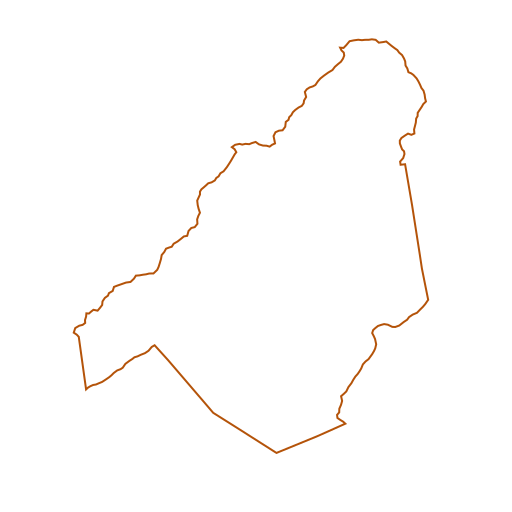 São Fidélis, Rio de Janeiro, Brazil (Mercator projection), rotated 171°
{"feature_id": "56859067B2768283768004", "entity_name": "São Fidélis", "entity_type": "district", "adm_level": 2, "iso_a3": "BRA", "parent_name": "Brazil", "parent_adm1": "Rio de Janeiro", "projection": "mercator", "projection_center": [-41.783, -21.671], "detail": "fine", "context": "isolated", "style": "outline", "palette": "amber", "viewbox_px": 512, "rotation_deg": 171, "n_neighbors": 0, "source": "geoboundaries", "source_scale": "gbopen_adm2", "svg_char_len": 3292}
<svg xmlns="http://www.w3.org/2000/svg" viewBox="0 0 512 512"><g transform="rotate(171 256 256)"><path d="M92.8,185.8L94.1,217.7L94.0,231.7L93.9,281.8L94.4,323.3L98.9,323.5L98.9,326.7L95.3,329.7L93.4,333.5L93.4,336.3L95.0,338.4L95.6,341.1L96.3,344.7L95.9,347.5L93.9,349.8L90.2,351.6L86.7,353.1L83.6,351.4L80.4,352.2L80.1,356.2L78.7,359.4L77.3,362.7L76.3,366.7L74.5,368.9L73.9,372.1L71.4,374.8L69.0,377.4L67.0,379.9L64.0,382.0L64.3,385.3L64.2,389.1L64.7,393.1L66.3,396.0L67.2,399.6L68.3,403.1L69.6,406.3L72.2,410.2L74.1,412.1L76.7,413.7L77.2,417.6L78.5,420.7L78.2,424.9L78.9,427.9L80.3,431.6L82.8,434.5L84.2,437.3L86.3,439.3L89.2,442.3L91.7,445.1L93.8,447.5L97.2,447.4L101.3,447.5L104.0,450.8L107.7,451.9L110.6,451.9L114.9,452.5L117.6,452.6L121.2,453.6L125.8,453.7L130.0,453.5L133.9,450.1L137.0,447.8L140.3,448.6L139.4,445.7L137.5,443.2L137.5,440.2L139.2,437.3L141.7,434.6L145.0,432.7L148.5,430.5L151.4,427.7L155.9,425.9L160.7,423.5L164.6,421.3L167.5,418.9L170.6,415.6L173.4,414.6L176.7,414.1L179.8,412.7L182.1,410.4L181.6,405.2L184.2,402.1L185.1,399.3L187.3,397.1L190.7,396.0L194.4,394.1L197.1,392.2L199.1,389.6L201.5,387.9L202.6,385.4L205.6,383.8L206.9,379.1L210.1,376.0L213.7,376.2L217.4,375.2L219.9,371.7L219.7,367.4L219.6,364.2L222.6,363.4L225.4,361.9L228.4,363.3L231.9,364.0L235.6,365.8L238.5,368.7L242.3,368.2L245.2,367.5L248.8,368.4L252.2,368.2L254.7,369.3L259.2,369.1L262.8,367.3L260.4,364.8L259.2,361.6L261.2,359.7L263.7,356.6L265.8,354.0L267.9,351.6L270.8,348.4L274.8,344.7L278.2,343.3L280.5,340.5L283.0,339.3L284.8,337.1L288.3,335.7L291.8,335.3L294.3,333.6L297.0,331.9L299.5,330.4L301.3,328.3L301.7,325.5L303.3,323.1L305.4,319.9L305.6,315.4L305.3,311.6L304.6,307.5L306.7,304.6L308.4,301.4L308.8,297.0L312.0,294.1L315.5,293.8L318.7,291.3L320.8,286.7L324.2,286.6L327.6,284.6L331.2,282.6L335.4,281.0L337.8,278.3L340.3,278.0L343.7,277.3L346.0,274.3L349.0,271.7L350.3,267.9L352.1,264.1L353.9,260.5L355.7,257.8L360.0,254.8L364.2,255.4L367.5,255.1L370.6,255.2L374.2,255.1L377.7,255.4L380.1,252.7L384.0,250.0L388.5,250.1L392.9,249.3L397.9,248.4L401.1,247.7L403.0,243.9L407.1,242.3L408.4,240.0L411.8,238.3L414.7,235.2L415.6,231.7L418.2,229.2L421.0,226.8L425.0,228.3L427.5,226.9L430.0,225.3L432.5,225.9L433.3,222.7L434.9,219.5L435.2,216.6L438.0,215.1L441.5,214.8L445.8,213.1L448.0,208.8L445.3,206.3L443.7,203.9L444.7,150.8L442.5,152.3L440.0,153.3L437.0,154.1L434.2,154.1L431.1,154.9L427.7,155.7L423.9,157.4L419.9,159.3L417.4,160.8L414.8,162.7L411.0,164.7L407.5,165.4L405.1,166.5L401.9,169.9L397.3,172.3L394.3,173.6L391.9,175.0L388.7,175.4L385.1,176.5L380.9,177.4L377.0,179.2L373.2,182.5L370.1,183.7L359.2,167.0L330.2,119.9L322.8,107.8L303.5,90.9L266.6,58.3L223.4,68.5L194.0,76.4L195.8,78.7L198.4,80.9L200.9,83.3L200.8,86.4L198.3,88.5L197.6,92.1L195.3,95.7L193.6,99.4L193.9,104.2L190.7,106.2L188.0,108.1L185.2,112.1L181.7,115.4L179.3,118.5L176.7,121.4L174.1,123.5L171.9,125.8L169.7,128.4L167.4,132.2L164.3,134.7L161.0,136.5L158.7,138.8L156.6,140.9L154.3,143.7L152.7,146.1L151.1,150.0L151.4,155.4L152.2,158.4L153.3,161.7L151.9,164.5L149.5,166.1L146.5,167.8L143.1,168.4L140.1,168.7L136.5,167.5L132.5,164.7L129.6,164.1L125.4,164.9L120.4,167.7L116.7,169.4L114.4,171.7L110.4,173.6L105.9,174.7L102.3,177.4L99.2,179.6L96.4,182.0L92.8,185.8Z" fill="none" stroke="#b45309" stroke-width="2"/></g></svg>